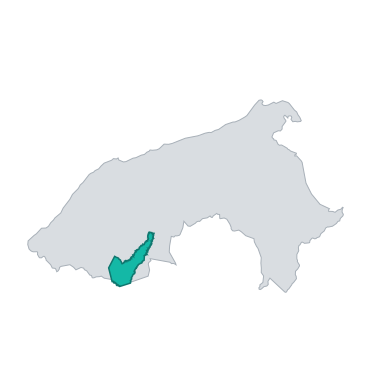 Tambopata, Madre de Dios, Peru (highlighted), rotated 100°
{"feature_id": "86281439B97572959999904", "entity_name": "Tambopata", "entity_type": "district", "adm_level": 2, "iso_a3": "PER", "parent_name": "Peru", "parent_adm1": "Madre de Dios", "projection": "orthographic", "projection_center": [-70.427, -12.188], "detail": "fine", "context": "in_parent", "style": "filled", "palette": "teal", "viewbox_px": 384, "rotation_deg": 100, "n_neighbors": 0, "source": "geoboundaries", "source_scale": "gbopen_adm2", "svg_char_len": 9007}
<svg xmlns="http://www.w3.org/2000/svg" viewBox="0 0 384 384"><g transform="rotate(100 192 192)"><path d="M276.2,107.9L276.1,109.0L274.7,109.5L273.4,108.7L271.6,109.0L268.8,106.5L262.2,106.9L259.3,109.8L254.9,110.5L250.1,111.8L244.6,112.4L236.1,117.2L234.2,119.1L230.3,121.9L227.2,122.9L225.7,131.5L222.6,136.5L221.4,139.3L223.1,143.4L223.1,145.4L221.4,147.1L220.0,147.3L217.1,149.1L212.8,152.9L212.0,155.8L213.4,159.7L213.0,160.1L209.4,160.9L209.5,163.0L208.8,163.9L211.8,166.9L213.5,167.6L213.6,168.4L213.3,169.2L212.6,169.5L212.6,170.2L214.8,172.5L216.4,177.0L219.6,179.3L219.7,180.7L220.6,182.2L222.2,183.3L226.1,187.8L226.2,190.0L222.2,194.9L228.8,194.8L236.0,196.4L237.0,197.2L237.9,199.4L238.0,200.9L239.5,202.0L239.3,204.7L248.8,204.7L255.0,204.0L265.0,195.8L266.5,195.1L265.7,196.9L265.6,198.2L266.1,199.6L265.0,201.6L264.9,221.6L266.7,220.5L269.0,222.4L270.7,222.5L276.2,220.2L282.5,220.6L297.1,246.8L295.8,248.6L295.8,249.9L294.1,251.0L292.2,253.1L292.1,263.5L290.6,266.7L291.4,268.3L292.2,271.6L293.5,273.6L293.8,274.9L293.7,275.4L291.7,276.5L291.5,278.3L287.9,282.0L287.2,284.5L285.8,285.4L285.6,288.2L288.8,292.8L286.7,295.5L284.8,299.6L288.0,308.1L289.3,309.4L290.8,309.3L292.9,310.1L294.0,311.3L291.4,312.9L291.0,313.6L291.1,316.4L288.2,318.5L284.4,323.9L283.3,324.2L281.3,325.8L281.0,326.6L281.3,327.3L283.0,328.9L283.2,330.9L280.4,333.3L278.4,333.5L277.7,334.2L278.4,337.5L278.4,339.0L277.8,340.7L276.4,342.6L272.3,344.6L268.6,344.9L262.2,340.0L260.2,338.0L253.8,333.9L252.8,329.5L250.7,327.4L246.8,325.8L243.6,323.5L241.3,322.5L235.5,317.6L230.2,316.1L220.4,311.0L215.1,309.3L208.2,304.5L204.5,303.3L201.6,301.0L192.6,296.3L191.1,294.8L189.7,292.5L187.7,291.1L185.4,287.9L182.1,286.0L178.8,283.5L174.7,276.7L172.8,275.2L172.6,272.1L171.3,270.7L173.2,269.6L174.3,264.8L173.6,262.4L168.9,255.9L168.0,253.3L164.5,248.3L163.3,245.4L160.6,243.3L159.4,241.4L157.9,240.6L157.8,238.3L156.6,234.0L155.1,231.8L149.7,227.8L149.1,223.4L147.8,220.3L140.2,207.9L135.6,195.9L131.8,189.3L130.3,185.5L130.1,183.4L127.3,179.9L125.8,176.7L119.7,170.6L116.0,163.8L115.5,161.7L113.1,157.9L109.1,153.1L107.2,151.2L95.5,145.4L90.0,141.9L89.3,140.0L89.6,138.8L90.7,137.7L92.4,138.5L93.4,138.1L94.2,136.7L94.1,134.6L93.1,132.0L89.3,127.0L90.2,124.6L86.4,118.8L87.2,113.0L88.0,111.5L93.5,105.4L95.0,102.8L97.4,101.2L99.9,98.7L102.8,96.8L103.7,97.4L104.6,100.5L104.5,102.6L105.3,104.9L103.3,107.1L101.1,106.7L100.2,107.3L99.9,108.3L100.3,109.8L100.9,110.5L102.5,110.5L100.3,113.7L100.5,114.3L102.1,114.8L103.6,113.9L105.1,112.1L106.1,111.8L111.8,114.6L114.4,114.2L116.5,115.5L116.7,117.7L119.6,121.9L123.8,122.8L124.6,122.4L125.5,120.8L126.4,120.5L126.6,118.1L130.2,115.4L130.8,113.7L130.2,112.5L130.3,111.5L132.4,105.8L133.1,105.2L133.7,103.3L134.5,102.2L135.7,95.9L136.7,95.9L137.7,97.3L138.8,96.9L138.2,95.5L138.4,95.0L142.4,89.8L143.7,88.7L163.4,81.3L173.3,73.9L181.9,63.8L184.6,53.7L185.7,54.4L187.3,54.1L186.7,50.0L187.1,48.1L187.1,47.5L184.4,45.2L183.2,42.5L180.9,41.1L181.0,40.5L183.5,41.0L185.8,40.7L187.7,39.1L189.2,39.2L192.4,41.4L194.8,41.5L195.6,43.2L197.9,44.3L201.3,47.7L202.8,51.5L202.7,52.2L204.2,54.1L207.4,55.0L210.6,57.8L213.9,58.6L215.4,61.1L216.4,61.9L216.8,63.3L216.3,65.0L216.8,65.9L219.3,67.4L221.4,67.4L221.8,68.1L223.0,72.3L222.2,74.4L222.5,75.5L225.3,76.5L226.1,77.4L228.3,77.6L231.4,76.7L235.3,77.9L238.3,77.4L239.7,77.1L241.1,76.2L242.2,76.2L245.3,73.5L246.1,73.3L249.4,74.5L252.1,76.3L255.5,75.9L256.9,74.8L259.3,74.1L263.8,76.4L264.7,77.4L265.9,77.6L270.7,79.9L271.5,80.8L274.0,81.6L274.5,82.4L274.4,83.2L263.3,100.3L266.7,101.7L269.9,100.9L271.6,102.0L272.8,104.8L275.3,106.7L276.2,107.9Z" fill="#d9dde1" stroke="#a8b0b8" stroke-width="1"/><path d="M239.1,227.4L239.3,227.5L239.5,227.0L239.8,226.9L240.6,227.1L240.8,227.3L240.6,227.5L240.9,227.9L241.4,227.9L241.6,227.8L241.9,227.9L242.1,227.7L242.4,227.7L242.8,228.0L243.5,227.9L244.0,227.4L244.9,227.7L245.3,226.8L245.9,226.8L246.4,227.2L246.6,227.0L246.9,227.2L247.1,227.2L247.4,227.4L247.6,227.8L248.1,227.4L248.3,227.9L248.0,228.3L248.0,228.5L248.3,228.7L248.6,228.6L248.8,228.8L249.2,228.7L249.4,229.4L249.8,229.6L250.3,229.5L250.8,229.7L251.4,230.1L251.7,229.9L252.0,229.9L252.4,230.8L252.2,231.2L252.6,231.1L252.9,231.5L252.9,231.8L253.4,232.0L253.3,232.3L253.5,232.5L253.8,232.4L253.7,233.0L254.9,233.4L255.1,233.8L255.7,234.3L255.9,234.3L256.5,234.0L256.9,234.1L257.2,234.4L257.3,234.3L257.7,234.5L258.0,234.9L257.9,234.9L258.0,235.0L258.0,235.6L258.3,236.1L258.6,236.0L258.6,236.4L258.7,236.5L258.9,236.5L259.1,236.8L259.4,236.8L259.5,237.0L259.7,236.8L259.8,237.1L259.9,236.9L260.1,237.0L260.2,236.9L260.4,237.0L260.7,236.8L260.9,237.3L261.0,237.2L261.2,237.5L261.3,237.5L261.9,237.7L262.0,237.9L262.6,238.1L262.9,238.2L263.2,238.2L263.4,238.0L263.5,238.1L263.8,238.1L264.2,238.2L264.2,238.4L264.4,238.1L264.8,238.3L264.8,238.5L265.0,238.5L265.0,238.8L264.9,238.9L265.1,239.0L265.1,238.9L265.2,239.1L265.5,238.9L265.4,239.1L265.6,239.1L265.6,239.4L265.8,239.6L266.0,239.5L266.1,239.8L266.3,239.9L266.3,240.0L266.5,240.0L266.7,240.3L267.0,240.2L267.3,240.1L267.5,240.3L267.7,240.2L267.6,240.5L267.8,240.4L267.9,240.6L268.1,240.5L268.3,240.7L268.3,240.8L268.7,240.7L269.0,240.8L269.0,241.1L269.3,241.1L269.2,241.3L269.3,241.3L269.3,241.5L269.8,241.6L269.9,242.1L270.0,242.0L270.3,242.1L270.2,242.5L270.3,242.5L270.6,243.3L270.9,243.2L270.9,243.8L271.1,244.0L271.2,244.3L271.4,244.3L271.2,244.5L271.4,244.6L271.4,244.9L271.1,245.4L271.3,245.5L271.3,245.8L271.6,246.0L271.6,245.9L271.7,246.1L271.9,246.2L272.0,246.1L272.0,246.3L272.3,246.2L272.3,246.3L272.6,246.4L272.6,246.5L272.8,246.5L273.2,246.6L273.4,246.9L273.5,246.8L273.8,247.2L274.0,247.3L273.9,247.5L274.0,247.4L274.2,247.5L273.9,247.5L274.1,247.6L274.3,248.0L274.8,248.3L274.8,248.5L274.4,248.7L274.2,249.0L273.3,249.4L272.8,249.7L272.2,250.4L271.4,250.7L271.2,251.4L270.8,252.0L270.7,252.5L270.1,252.7L269.6,253.7L269.5,255.3L269.2,255.8L268.8,257.0L281.2,260.9L294.0,255.2L293.9,255.0L294.1,254.9L294.1,254.7L293.9,254.8L293.8,254.2L294.2,254.3L293.9,254.2L294.1,254.0L293.9,254.0L294.1,253.9L293.9,253.8L294.1,253.1L294.2,252.8L294.3,252.9L294.6,252.8L294.5,252.5L294.5,252.3L294.5,252.2L294.8,251.9L295.0,252.0L294.9,251.6L295.1,251.5L295.1,251.1L295.3,251.1L295.5,250.7L295.7,250.8L296.4,250.4L296.1,250.3L296.4,250.1L296.2,250.0L296.6,249.8L296.5,249.6L296.4,249.6L296.5,249.5L296.2,249.5L296.3,249.3L296.2,249.0L296.3,248.6L296.6,248.5L296.8,248.1L297.0,247.7L297.3,247.6L297.1,247.2L297.4,247.2L297.5,247.4L297.5,247.1L297.6,246.8L292.4,236.8L291.8,236.8L291.6,237.0L290.6,236.7L290.0,237.2L289.8,236.9L288.8,236.8L288.8,236.6L288.4,236.5L288.1,236.3L287.3,236.7L287.2,236.6L286.8,236.8L286.6,236.6L286.4,236.7L285.1,236.0L284.3,236.1L283.8,235.7L283.3,235.6L283.3,235.4L282.9,235.2L282.8,234.9L282.3,234.8L282.3,234.5L281.9,234.5L281.6,234.2L281.3,234.4L281.2,234.2L280.8,234.4L280.5,234.4L280.3,234.8L280.1,234.7L280.0,235.0L279.8,234.8L279.5,235.0L279.2,234.8L278.7,234.8L278.5,234.6L278.3,234.7L277.8,234.5L277.6,234.3L277.2,234.2L277.0,233.8L276.8,233.9L276.8,233.7L276.5,233.8L276.1,233.4L275.7,233.4L275.6,233.2L275.0,233.4L274.2,232.7L274.0,232.8L273.6,232.6L273.3,232.5L273.3,232.3L272.5,232.0L271.9,231.0L271.5,230.8L271.5,230.6L271.2,230.4L270.7,229.2L269.8,228.9L269.6,229.1L269.3,228.7L268.7,228.7L268.3,228.2L268.0,228.1L268.0,227.7L267.6,227.3L263.2,227.8L263.1,227.7L263.1,227.9L262.8,227.9L262.4,227.2L262.4,227.5L262.2,227.3L262.1,226.9L261.9,226.8L261.7,226.9L261.0,226.7L261.2,226.3L261.2,226.0L261.0,226.3L260.6,226.2L260.4,226.4L260.5,226.1L260.2,226.3L260.2,226.1L259.9,226.3L259.6,225.9L259.3,225.9L259.0,225.7L258.7,225.9L258.7,225.6L258.4,225.8L258.4,225.6L258.2,225.6L258.0,225.4L257.8,225.7L257.8,225.4L257.5,225.3L257.4,225.5L257.2,225.3L257.3,225.1L257.0,225.5L256.8,225.1L256.4,225.2L256.1,225.0L256.0,225.3L255.8,225.0L255.4,225.0L255.3,224.8L255.1,225.1L255.1,224.8L254.9,224.7L254.6,224.7L254.4,224.5L254.2,224.6L253.8,224.6L253.8,224.3L253.5,224.3L253.4,224.0L253.2,224.2L252.8,224.2L252.8,224.4L252.6,223.9L252.4,224.0L252.0,223.7L251.7,223.8L251.7,223.5L251.6,223.4L251.8,223.3L251.7,223.2L251.5,223.3L251.1,223.2L250.8,223.0L250.7,223.2L250.2,222.9L250.1,223.1L249.9,222.8L249.7,223.0L249.6,222.9L249.3,223.2L249.1,223.0L248.9,223.1L248.7,223.0L248.4,223.0L247.9,223.0L247.7,223.3L247.7,223.1L247.3,223.0L247.2,222.6L246.5,222.9L246.5,222.7L245.9,222.8L245.8,222.6L245.6,222.7L245.2,222.5L245.2,222.3L244.9,222.2L244.8,222.3L244.6,222.0L244.7,222.4L244.5,222.5L244.1,222.6L244.1,222.3L243.9,222.3L243.9,222.2L243.8,222.3L243.4,222.4L243.4,222.5L243.2,222.4L243.1,222.5L242.8,222.4L242.7,222.5L242.7,222.4L242.4,222.4L242.1,222.6L241.7,222.5L241.3,222.6L241.1,222.4L240.8,222.9L240.1,222.9L239.8,222.6L239.8,222.3L239.5,222.2L239.3,222.2L239.4,223.1L240.0,223.0L240.4,223.2L240.5,223.5L240.2,223.8L239.7,223.9L239.5,224.2L239.4,224.1L239.3,224.3L239.2,224.1L239.0,224.4L239.4,224.6L239.2,224.8L239.2,225.3L239.1,225.5L239.2,226.0L238.8,226.5L239.1,227.4Z" fill="#14b8a6" stroke="#0f766e" stroke-width="1.5"/></g></svg>